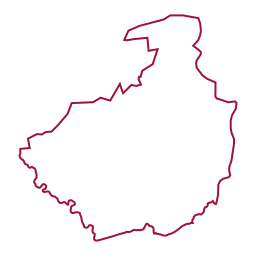 Ararat, Ararat, Armenia (Albers equal-area conic projection)
{"feature_id": "60910142B39713480261045", "entity_name": "Ararat", "entity_type": "district", "adm_level": 2, "iso_a3": "ARM", "parent_name": "Armenia", "parent_adm1": "Ararat", "projection": "albers", "projection_center": [44.799, 39.943], "detail": "fine", "context": "isolated", "style": "outline", "palette": "rose", "viewbox_px": 256, "rotation_deg": 0, "n_neighbors": 0, "source": "geoboundaries", "source_scale": "gbopen_adm2", "svg_char_len": 4776}
<svg xmlns="http://www.w3.org/2000/svg" viewBox="0 0 256 256"><path d="M128.5,30.6L124.3,39.9L126.7,40.3L134.0,39.1L147.4,37.8L148.6,50.8L157.6,49.2L152.7,64.2L142.2,70.8L140.6,76.9L139.0,76.9L138.6,79.3L141.0,84.6L136.2,85.9L131.3,85.0L123.2,93.2L122.0,90.4L119.9,83.9L110.2,100.6L100.5,97.7L93.2,102.2L71.7,103.1L67.7,113.7L58.0,125.1L51.5,131.6L45.9,132.0L41.8,134.5L36.9,134.1L28.0,138.6L29.7,148.0L20.4,148.9L20.3,149.6L20.2,150.6L20.4,151.7L20.4,152.3L20.3,153.5L20.2,153.9L19.8,154.6L19.5,155.6L19.8,156.5L20.1,157.5L20.8,158.4L21.3,158.8L22.0,159.5L23.0,160.0L23.7,160.7L24.0,161.6L24.4,162.7L24.9,163.6L25.5,164.1L26.4,164.5L27.0,164.7L27.5,164.9L27.8,165.5L28.1,166.2L28.4,166.9L29.0,167.5L29.9,167.7L30.6,167.6L31.3,167.1L31.9,166.9L32.6,167.3L33.2,167.7L33.8,168.1L34.6,168.3L35.1,169.1L35.4,169.9L35.7,171.0L35.7,171.3L35.7,172.0L36.0,172.8L36.6,173.8L36.4,174.8L36.6,176.4L36.6,177.4L35.9,178.5L34.9,179.7L34.3,181.0L34.1,181.8L34.2,182.4L34.8,183.1L35.2,183.8L35.5,184.4L35.6,185.3L35.7,185.8L36.2,186.3L37.0,186.8L38.1,187.4L39.0,187.8L39.8,187.6L40.4,187.1L40.7,186.8L41.1,186.6L41.7,185.6L42.3,184.8L43.0,184.1L44.0,184.2L45.0,184.6L45.7,185.1L45.8,185.3L46.2,186.1L46.2,187.1L45.7,187.9L45.4,188.8L44.2,189.3L43.2,189.7L42.7,190.2L42.8,191.2L43.5,191.7L44.4,192.0L45.9,191.7L46.5,191.6L46.9,191.5L47.8,191.4L48.7,191.6L49.4,192.1L49.7,192.9L50.2,193.7L50.5,194.2L50.5,194.4L51.0,195.2L51.9,195.6L52.8,196.1L53.8,196.4L54.3,196.5L54.9,196.6L55.1,196.8L55.8,197.4L56.9,198.1L57.5,199.1L58.0,200.2L58.4,201.2L59.1,202.0L59.4,202.6L60.1,202.9L60.9,203.0L62.0,202.9L62.7,202.6L63.2,202.3L63.4,202.2L64.3,202.1L65.2,202.4L65.7,203.0L66.6,203.9L67.3,204.5L67.9,204.5L67.9,204.4L68.1,204.2L68.2,203.1L68.5,202.3L68.5,201.5L68.9,200.8L70.1,200.3L70.7,200.2L71.6,200.4L72.4,200.9L73.1,201.4L73.7,201.8L73.9,202.0L74.8,202.8L74.9,203.4L74.7,204.4L73.9,205.1L72.9,205.5L71.8,206.0L71.2,206.7L71.0,208.3L70.8,209.2L70.5,210.3L70.6,211.1L71.0,211.9L71.4,212.4L72.0,212.9L72.4,213.1L73.0,213.1L73.9,212.9L74.5,212.5L75.2,212.4L75.7,212.3L77.1,212.3L78.3,212.4L79.7,212.9L79.9,213.4L79.9,213.5L80.2,214.3L80.4,215.3L80.8,216.0L81.1,216.8L81.4,217.9L81.5,219.1L81.9,220.8L82.1,221.6L82.4,222.4L82.7,223.0L83.0,223.9L83.5,224.5L83.8,225.2L84.0,225.9L84.2,226.9L85.0,227.3L85.8,227.7L86.5,227.7L87.4,227.4L88.2,226.8L88.6,226.3L88.6,226.2L89.2,225.4L89.8,225.1L90.6,225.2L91.7,225.6L92.6,226.0L92.9,226.7L92.9,227.7L92.8,228.9L92.7,229.1L92.5,229.9L92.4,231.0L92.6,231.8L92.8,232.6L93.3,232.9L94.0,233.4L94.6,233.9L94.8,234.5L94.7,235.2L94.5,236.2L94.1,237.3L94.1,238.1L94.2,239.5L94.8,239.9L95.4,240.4L96.1,240.6L97.4,240.5L98.4,240.3L99.1,240.1L99.7,239.9L101.5,239.5L104.6,238.6L108.2,237.6L110.2,237.0L112.5,236.4L118.1,234.5L122.7,233.3L123.2,233.1L124.1,233.0L125.1,232.5L125.6,232.4L126.4,231.9L127.1,231.8L127.7,231.9L128.7,232.0L129.9,231.9L130.4,231.7L131.4,231.3L132.6,230.5L133.8,229.9L134.8,229.9L135.8,230.2L137.1,230.2L137.8,230.0L138.5,230.0L139.6,230.2L140.8,230.0L142.1,229.7L143.2,229.4L143.7,228.7L144.3,227.5L145.1,226.3L145.5,225.3L146.0,224.3L146.5,223.8L147.3,223.8L147.9,224.1L148.4,224.7L149.2,225.4L149.7,226.2L150.2,226.3L151.3,226.2L152.0,226.6L153.0,227.2L153.4,228.2L153.6,229.2L153.6,229.3L153.6,230.4L153.6,231.4L153.7,232.4L154.0,233.3L154.3,233.7L154.8,233.7L155.5,233.1L156.2,233.2L156.9,233.8L157.4,233.9L158.2,233.8L158.8,234.2L159.9,234.3L160.6,234.5L161.5,234.7L162.2,235.0L163.5,235.4L164.5,235.6L165.5,235.6L166.7,235.4L168.1,234.6L169.0,234.2L170.1,233.8L171.0,233.8L171.9,233.3L173.2,232.6L174.5,232.0L175.6,231.2L176.7,230.5L177.7,229.7L179.0,228.7L180.7,227.4L182.5,225.9L184.9,224.9L186.3,224.1L187.8,223.8L189.2,223.7L190.1,223.5L190.7,223.1L191.4,222.9L192.7,223.0L192.2,221.7L192.3,220.9L192.6,219.5L193.6,218.3L193.8,217.6L193.8,216.8L194.3,216.3L195.3,215.3L196.3,215.0L197.1,214.8L198.1,214.4L198.8,214.0L199.4,214.3L200.4,214.5L201.3,214.4L202.2,213.6L203.2,212.6L203.9,211.7L203.9,211.0L203.9,210.1L204.3,209.1L204.4,208.3L205.2,207.2L206.3,207.1L207.2,206.3L207.6,205.5L207.8,204.5L207.7,203.6L208.3,203.0L209.0,202.9L210.0,202.6L211.0,202.3L212.4,201.6L212.9,201.0L213.5,201.9L213.8,202.8L214.4,203.6L215.4,203.8L215.9,204.0L216.6,202.1L218.0,195.1L218.3,185.0L219.8,181.4L223.0,178.8L228.8,177.2L230.2,175.2L229.2,170.9L229.2,167.3L231.5,160.5L234.0,143.6L234.0,138.9L231.6,133.0L230.7,128.1L230.7,120.9L230.7,120.7L232.0,115.3L235.8,108.8L236.5,103.0L235.8,102.3L234.9,101.4L228.2,102.3L220.5,99.6L216.8,98.5L215.4,96.5L215.5,86.8L215.5,82.4L207.5,79.0L202.8,75.7L196.7,67.8L196.1,63.2L196.6,60.6L200.7,54.4L200.8,51.9L198.4,49.7L193.2,45.7L198.2,40.2L200.2,35.0L200.9,30.7L200.2,23.3L198.3,18.1L183.0,15.4L170.2,15.4L163.9,19.4L139.1,26.0L136.2,27.3L128.5,30.6Z" fill="none" stroke="#9f1239" stroke-width="2"/></svg>